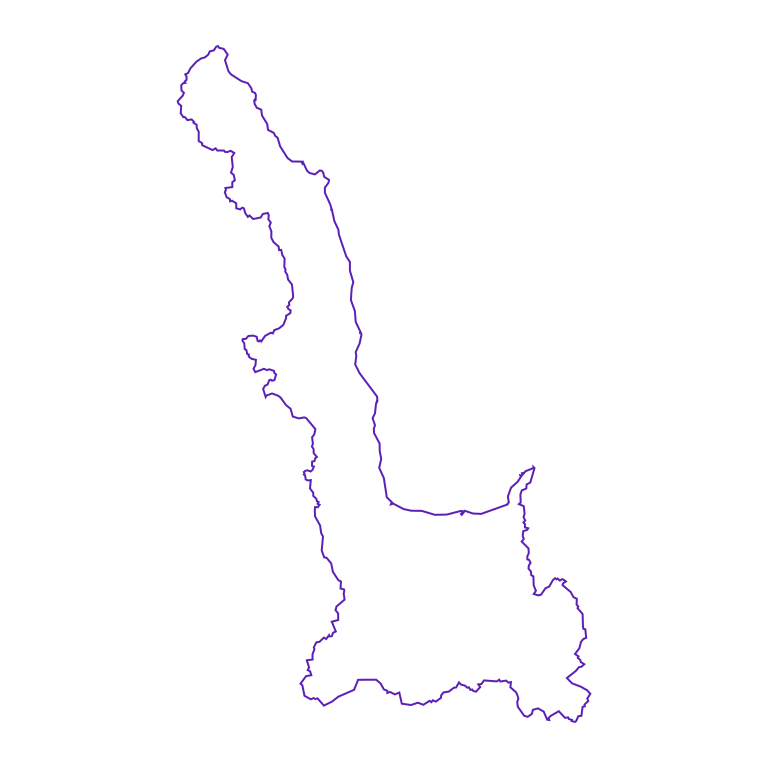 the district of North Santo, Sanma, Vanuatu
{"feature_id": "77236927B16584952276885", "entity_name": "North Santo", "entity_type": "district", "adm_level": 2, "iso_a3": "VUT", "parent_name": "Vanuatu", "parent_adm1": "Sanma", "projection": "mercator", "projection_center": [166.801, -15.037], "detail": "fine", "context": "isolated", "style": "outline", "palette": "violet", "viewbox_px": 768, "rotation_deg": 0, "n_neighbors": 0, "source": "geoboundaries", "source_scale": "gbopen_adm2", "svg_char_len": 6093}
<svg xmlns="http://www.w3.org/2000/svg" viewBox="0 0 768 768"><path d="M533.5,467.1L533.6,468.0L525.7,471.1L523.4,473.7L523.3,472.9L522.0,473.2L522.4,474.3L521.6,475.8L520.3,475.3L520.8,477.0L517.7,481.7L511.1,487.6L507.9,496.4L508.8,502.3L507.1,504.3L508.3,504.2L481.1,513.9L472.9,513.5L464.9,510.8L461.8,514.8L461.0,514.0L463.3,511.3L461.0,510.9L446.6,514.6L434.9,514.8L421.8,510.9L411.1,510.7L403.7,509.1L393.2,503.6L390.9,504.4L391.3,503.1L392.7,503.1L386.8,497.3L383.8,477.9L379.2,467.9L381.2,458.9L379.7,451.0L379.6,443.5L374.1,433.2L373.8,428.8L375.0,425.2L372.6,418.2L375.0,413.3L376.0,404.0L377.1,400.3L376.7,402.7L377.4,401.3L377.1,396.6L359.6,373.2L355.2,364.5L356.3,355.9L355.7,352.1L359.6,343.5L361.5,334.4L360.9,333.0L359.2,333.3L360.8,332.6L355.7,321.9L354.9,311.2L350.9,300.0L351.7,288.2L353.3,282.1L349.9,270.7L349.9,262.0L346.2,256.3L338.9,234.5L338.4,229.7L334.4,221.2L331.9,209.8L330.4,209.8L331.7,209.3L330.1,204.1L324.9,192.8L324.9,187.6L328.5,182.7L329.0,179.9L324.2,176.8L323.1,172.4L321.6,170.7L319.8,170.5L314.9,174.4L309.6,173.0L307.0,170.7L303.0,162.2L302.3,163.4L301.6,161.6L292.2,161.5L287.6,158.1L280.1,146.3L277.6,137.7L275.3,136.0L273.7,132.8L268.0,129.9L267.2,124.0L262.0,115.5L261.2,109.6L256.8,107.8L254.6,103.8L254.3,101.2L255.4,100.2L254.6,99.9L255.7,98.5L255.9,94.9L255.0,93.0L252.0,91.5L251.4,88.4L247.9,83.2L241.4,81.1L231.0,74.4L228.5,71.3L225.0,60.2L227.7,54.6L223.7,48.9L219.1,47.8L218.0,46.1L216.2,46.7L213.9,50.3L209.7,51.4L208.3,54.6L204.9,57.4L201.0,58.5L196.4,61.7L190.4,68.4L188.0,73.1L185.3,74.3L186.6,76.8L186.5,80.0L184.8,81.4L185.4,82.9L183.1,83.2L181.2,85.4L181.5,90.5L183.9,92.7L182.9,95.5L177.7,101.2L178.3,103.4L181.2,105.9L180.7,113.3L183.3,117.1L185.1,117.2L187.4,120.1L191.6,119.4L194.0,121.9L193.5,122.8L196.6,124.7L196.8,128.1L198.7,131.7L198.7,141.0L202.2,143.2L202.2,145.2L212.6,150.1L215.6,148.3L217.3,150.5L224.0,150.5L225.1,151.9L227.2,152.1L230.5,150.8L234.3,153.0L231.7,157.1L232.8,167.0L231.0,172.6L233.7,174.9L234.9,180.2L232.3,182.2L232.3,187.1L225.4,188.0L225.9,190.0L224.8,192.2L226.7,197.3L229.8,199.0L230.2,201.4L232.0,200.7L236.2,203.3L236.3,208.3L240.2,209.4L242.1,207.7L243.9,208.3L245.2,213.0L247.9,216.9L249.5,215.5L253.2,219.0L260.7,217.5L262.8,214.0L267.8,213.0L268.8,215.4L268.3,219.1L270.8,222.7L269.3,226.1L271.4,231.4L271.3,237.9L273.6,242.2L278.6,246.5L279.1,250.1L281.2,249.9L282.4,255.2L284.6,258.5L284.3,266.9L285.6,269.8L285.2,271.5L287.2,274.7L288.1,279.6L291.9,284.4L293.2,296.3L292.7,298.3L288.9,302.4L289.3,305.1L287.2,306.8L288.5,309.1L290.6,310.3L290.3,313.1L286.0,315.9L286.2,317.9L283.3,324.9L279.0,328.4L274.3,330.1L272.9,333.4L270.9,332.7L265.2,335.8L261.2,341.5L260.0,340.4L258.8,341.4L257.6,340.9L256.7,336.8L253.2,335.6L248.4,336.0L245.8,338.9L242.7,339.1L242.5,340.6L244.3,343.5L244.7,349.1L246.3,349.9L247.3,354.1L248.8,354.5L248.8,356.6L251.6,358.8L255.9,359.8L255.5,365.1L253.5,368.7L255.3,372.1L264.0,368.8L267.0,370.1L269.4,369.3L274.0,370.9L274.2,372.7L276.1,374.4L274.5,380.0L272.1,380.8L270.7,379.7L269.3,380.1L267.6,384.5L265.0,385.7L263.1,389.0L265.7,397.0L266.5,395.5L272.1,393.5L278.1,395.7L280.5,397.5L286.1,405.2L290.6,408.8L292.8,416.6L298.9,418.4L304.2,417.4L306.2,418.1L315.4,429.1L314.3,434.4L312.1,437.2L312.9,443.8L311.9,446.6L313.6,449.1L313.7,453.2L316.9,457.0L315.4,458.1L314.4,461.1L312.1,461.6L312.0,465.9L313.9,466.6L312.4,470.0L310.6,471.5L307.3,470.3L305.4,470.8L303.8,472.1L304.6,473.9L303.9,474.5L305.2,475.9L305.7,479.4L308.1,480.5L310.8,480.1L310.0,488.5L313.2,492.7L313.3,495.9L316.3,498.7L316.9,501.2L318.6,502.0L317.6,503.8L319.6,504.7L317.9,507.2L315.0,507.2L314.8,511.3L315.1,516.5L320.1,525.5L321.2,533.2L323.0,536.4L321.7,550.5L324.2,557.4L326.6,557.8L331.2,563.4L332.9,571.9L338.3,580.1L341.0,581.6L340.5,588.5L344.1,589.5L344.3,590.9L343.7,593.7L344.6,599.6L336.5,606.5L335.5,610.1L338.1,613.3L338.2,620.0L331.8,621.7L335.8,631.5L333.1,632.7L331.8,636.2L329.1,636.4L328.9,635.3L326.2,639.0L323.9,637.6L319.5,641.8L316.3,642.4L313.8,647.5L314.4,649.2L312.5,654.3L312.6,659.5L306.8,660.3L309.1,667.5L307.7,670.1L310.1,671.3L311.3,675.2L306.0,676.2L300.5,683.7L302.3,685.1L304.5,695.8L310.8,699.3L313.7,698.1L315.4,699.0L317.5,698.4L323.9,705.6L332.0,701.6L338.3,696.7L354.1,689.8L358.1,679.8L376.1,679.7L380.5,683.4L383.9,689.4L387.2,690.7L387.4,693.0L389.9,691.9L394.9,694.4L399.3,692.6L401.8,703.7L411.0,705.0L417.9,702.7L423.3,704.8L429.6,700.8L431.4,702.2L432.8,700.3L435.8,701.6L441.0,697.8L441.2,695.3L443.5,692.4L448.8,691.6L453.9,687.7L456.1,687.5L459.0,682.4L460.8,684.5L464.9,685.6L467.3,687.7L468.9,687.3L470.4,689.9L472.2,689.5L472.9,690.7L476.0,691.7L480.2,687.1L478.3,684.4L481.4,684.0L484.1,680.4L496.8,681.4L499.2,679.7L500.3,681.5L506.1,680.6L508.4,682.6L510.9,682.1L510.4,687.3L516.1,692.3L517.6,695.8L518.4,698.8L517.2,701.8L517.8,706.7L524.2,715.8L527.7,716.8L531.9,713.9L532.9,709.8L538.1,708.4L543.7,711.6L547.2,719.7L549.2,720.0L548.5,718.2L550.5,716.0L558.8,711.2L565.0,717.8L568.2,717.4L568.8,719.0L571.9,719.9L571.6,721.0L574.9,721.9L576.1,721.2L578.3,716.2L581.4,715.8L582.6,706.9L584.8,706.3L584.5,704.6L588.2,701.0L587.3,698.6L590.3,693.7L587.0,690.2L580.8,686.7L572.0,683.3L566.9,678.0L576.0,670.8L578.8,667.3L581.5,666.7L584.3,664.2L580.9,662.1L580.2,659.9L577.8,657.9L578.5,656.4L575.0,654.0L579.4,648.1L581.0,641.9L583.3,639.0L586.2,637.9L585.3,629.3L583.5,628.9L583.0,627.2L582.6,614.0L577.5,608.1L578.3,606.5L576.6,604.7L576.8,598.7L573.4,597.1L570.7,592.0L562.5,585.1L563.1,583.3L565.9,581.5L563.9,579.9L562.1,579.1L559.9,580.6L557.7,578.6L556.7,579.3L555.2,578.2L552.9,580.1L549.2,586.6L545.5,588.2L541.0,594.7L538.4,595.4L533.8,594.0L535.9,590.8L533.7,585.4L533.4,576.3L531.3,575.3L530.9,571.5L528.5,568.5L528.9,565.3L530.6,562.8L528.9,559.7L527.3,559.4L527.3,556.3L528.8,553.2L528.5,548.4L521.7,541.6L523.8,538.9L522.7,536.1L523.2,531.2L527.1,529.9L528.2,528.3L525.0,527.4L524.9,524.0L523.4,522.4L525.2,520.5L523.5,517.0L524.6,513.9L523.8,506.2L518.9,504.1L520.7,502.5L520.4,494.5L521.8,490.4L526.3,488.5L526.6,484.5L530.3,482.5L534.5,468.1L533.5,467.1Z" fill="none" stroke="#5b21b6" stroke-width="2"/></svg>